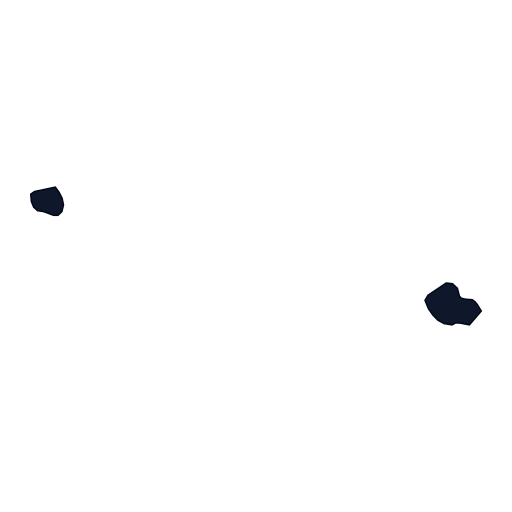 outline of Archipel des Crozet
{"feature_id": "ATF-5917", "entity_name": "Archipel des Crozet", "entity_type": "state/province", "adm_level": 1, "iso_a3": "ATF", "parent_name": "French Southern and Antarctic Lands", "parent_adm1": "", "projection": "natural_earth1", "projection_center": [51.156, -46.247], "detail": "fine", "context": "isolated", "style": "filled", "palette": "ink", "viewbox_px": 512, "rotation_deg": 0, "n_neighbors": 0, "source": "natural_earth", "source_scale": "10m", "svg_char_len": 539}
<svg xmlns="http://www.w3.org/2000/svg" viewBox="0 0 512 512"><path d="M472.3,299.7L475.0,301.7L477.2,304.4L481.3,311.0L469.4,324.9L460.1,323.1L455.7,322.9L452.0,324.9L444.1,323.6L438.0,320.3L433.0,315.2L428.5,308.9L425.0,300.3L428.0,295.2L446.2,283.0L452.5,283.7L457.4,288.3L459.4,296.1L461.3,298.2L465.6,299.2L472.3,299.7ZM30.7,194.2L34.5,191.5L55.3,187.1L58.9,192.0L62.1,198.2L63.5,204.9L61.9,211.6L58.0,215.3L53.5,215.3L43.5,211.6L37.6,210.7L33.7,207.2L31.4,201.6L30.7,194.2Z" fill="#0f172a" stroke="#020617" stroke-width="1.5"/></svg>